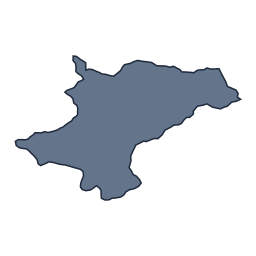 the district of Gonçalves, Minas Gerais, Brazil
{"feature_id": "56859067B77873269175892", "entity_name": "Gonçalves", "entity_type": "district", "adm_level": 2, "iso_a3": "BRA", "parent_name": "Brazil", "parent_adm1": "Minas Gerais", "projection": "mercator", "projection_center": [-45.837, -22.682], "detail": "fine", "context": "isolated", "style": "filled", "palette": "slate", "viewbox_px": 256, "rotation_deg": 0, "n_neighbors": 0, "source": "geoboundaries", "source_scale": "gbopen_adm2", "svg_char_len": 2167}
<svg xmlns="http://www.w3.org/2000/svg" viewBox="0 0 256 256"><path d="M38.2,163.9L40.6,165.6L43.1,164.5L45.9,163.4L48.9,161.8L52.0,162.3L54.6,162.8L58.2,163.9L61.6,164.6L64.8,164.9L68.5,165.9L71.9,166.9L76.1,168.1L80.4,169.3L83.1,171.6L83.5,176.1L81.9,179.8L80.7,183.5L80.4,187.0L82.2,189.5L85.7,190.7L90.4,190.0L93.5,188.0L96.4,185.7L99.6,188.3L101.1,190.6L101.1,194.2L101.4,198.3L105.0,200.0L109.2,199.8L111.8,198.3L115.4,198.0L120.5,197.1L123.7,195.1L126.0,191.8L129.6,189.7L133.4,188.9L136.2,187.7L138.8,186.2L141.2,183.0L139.5,179.6L136.2,176.0L133.2,174.6L131.4,170.9L129.1,167.6L130.0,164.2L131.0,161.0L130.7,156.3L132.7,151.5L135.9,145.0L143.7,141.1L146.2,141.6L154.1,138.5L157.9,138.7L162.2,134.8L165.0,130.2L170.7,127.2L173.9,125.1L178.5,124.8L181.4,123.5L184.3,119.5L186.9,117.3L189.6,117.4L193.4,114.0L193.3,111.2L195.3,108.7L197.5,106.2L203.3,105.1L207.0,103.9L212.6,107.2L220.5,108.9L224.0,107.2L227.2,106.3L231.7,102.2L236.2,101.3L240.6,99.3L237.4,97.1L238.1,93.3L235.9,90.0L227.5,86.4L225.6,81.5L221.6,74.0L219.0,68.7L214.0,69.0L210.9,69.1L206.9,68.0L203.8,69.8L201.2,69.8L197.4,70.2L193.8,72.7L189.7,72.3L185.4,72.0L181.8,71.9L179.8,69.5L177.2,68.3L173.6,66.3L169.8,67.2L166.0,66.1L162.2,65.9L159.3,65.9L156.6,65.7L154.1,64.0L151.4,62.4L148.8,62.1L145.8,61.7L141.7,61.2L137.6,60.4L133.4,61.8L130.7,63.3L127.9,63.9L124.5,64.7L122.6,66.9L120.6,70.6L117.2,73.4L113.6,76.2L109.5,75.5L105.6,74.3L102.1,74.0L99.6,72.6L95.7,71.1L92.5,69.6L88.9,69.1L85.8,70.1L85.8,66.6L85.7,62.7L83.0,61.0L80.1,59.2L76.5,56.4L73.2,56.0L73.0,60.6L75.5,63.4L76.0,66.9L75.9,71.6L78.3,73.8L81.5,75.8L83.7,79.2L81.1,80.8L78.3,81.8L76.5,84.3L74.2,87.6L70.2,89.2L67.0,90.3L64.9,92.2L67.3,94.3L70.2,95.9L72.8,98.5L73.8,103.1L76.9,105.5L77.8,108.4L77.5,111.7L77.7,114.4L76.0,116.6L73.7,117.7L71.6,120.9L68.3,122.9L65.3,125.1L63.0,127.1L60.2,128.1L57.5,129.8L54.2,131.0L51.5,131.7L48.1,132.5L44.4,131.7L41.4,132.9L38.0,132.8L35.0,132.7L32.9,135.1L30.3,136.7L28.0,139.1L25.0,139.8L22.0,139.6L18.3,139.6L15.4,141.3L16.2,145.5L19.5,147.8L23.2,148.5L26.6,148.9L29.0,150.9L31.0,153.0L33.4,155.3L35.3,157.4L37.1,159.8L38.2,163.9Z" fill="#64748b" stroke="#1e293b" stroke-width="1.5"/></svg>